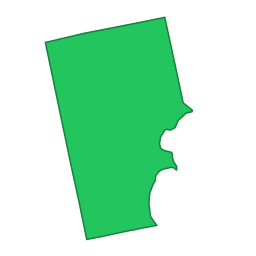 Macomb, Michigan, United States of America (Mercator projection), rotated 350°
{"feature_id": "52423323B97340038946788", "entity_name": "Macomb", "entity_type": "district", "adm_level": 2, "iso_a3": "USA", "parent_name": "United States of America", "parent_adm1": "Michigan", "projection": "mercator", "projection_center": [-82.866, 42.672], "detail": "fine", "context": "isolated", "style": "filled", "palette": "green", "viewbox_px": 256, "rotation_deg": 350, "n_neighbors": 0, "source": "geoboundaries", "source_scale": "gbopen_adm2", "svg_char_len": 803}
<svg xmlns="http://www.w3.org/2000/svg" viewBox="0 0 256 256"><g transform="rotate(350 128 128)"><path d="M61.5,29.4L64.0,109.9L65.3,150.1L65.8,164.3L66.9,190.8L67.6,217.4L68.0,230.6L87.7,230.2L93.9,229.9L105.7,229.5L106.7,229.4L117.6,229.3L119.9,229.1L139.4,228.9L134.9,219.4L135.4,206.2L138.1,195.9L142.8,188.1L143.1,187.6L145.9,184.4L146.5,181.3L147.6,179.1L151.5,175.8L156.0,174.5L164.1,174.3L166.6,175.5L168.2,177.7L168.9,177.2L169.2,174.1L167.0,169.0L166.7,164.5L167.2,161.9L166.7,159.6L159.3,156.2L156.6,153.7L156.3,149.2L157.0,147.0L158.5,142.5L163.9,136.5L165.5,136.0L169.4,137.4L174.5,135.8L177.5,131.1L178.6,129.4L187.7,123.4L193.9,123.1L194.5,121.8L186.7,112.8L186.5,106.1L185.3,73.3L183.4,25.4L141.0,26.4L101.5,27.1L61.5,29.4Z" fill="#22c55e" stroke="#15803d" stroke-width="1.5"/></g></svg>